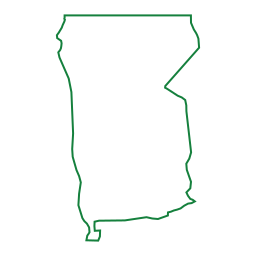 SVG path tracing the border of Omusati
{"feature_id": "NAM-3350", "entity_name": "Omusati", "entity_type": "Region", "adm_level": 1, "iso_a3": "NAM", "parent_name": "Namibia", "parent_adm1": "", "projection": "natural_earth1", "projection_center": [14.875, -18.403], "detail": "fine", "context": "isolated", "style": "outline", "palette": "green", "viewbox_px": 256, "rotation_deg": 0, "n_neighbors": 0, "source": "natural_earth", "source_scale": "10m", "svg_char_len": 1102}
<svg xmlns="http://www.w3.org/2000/svg" viewBox="0 0 256 256"><path d="M71.1,15.4L95.2,15.4L119.4,15.4L143.6,15.4L167.8,15.4L190.9,15.4L191.0,22.8L193.8,29.4L196.1,33.1L197.1,35.1L198.4,38.6L199.1,47.7L165.3,86.0L165.1,87.7L166.8,88.6L177.7,95.7L181.7,97.4L185.2,100.0L186.3,105.4L186.4,111.2L191.1,152.4L189.3,158.6L186.3,163.7L186.8,169.8L191.0,181.8L190.3,188.3L186.4,192.4L188.0,195.8L190.3,198.9L192.7,199.8L194.8,201.4L191.6,203.1L188.1,203.6L184.2,205.7L180.6,208.4L177.2,209.6L173.8,210.5L170.9,211.7L168.0,212.4L167.9,213.9L167.9,215.5L158.0,219.0L152.3,218.5L146.5,217.2L124.9,220.4L99.0,220.7L94.6,221.7L94.4,226.1L94.8,230.8L100.1,230.5L99.9,236.5L98.2,240.6L86.4,240.3L87.3,235.6L88.4,234.1L89.5,232.3L89.1,227.4L86.9,223.6L84.3,221.1L82.4,218.1L78.4,205.2L79.1,193.7L80.8,182.4L79.1,176.1L76.5,170.1L72.7,156.8L72.2,149.1L73.1,133.5L71.4,92.1L68.7,78.5L59.5,57.5L58.3,52.3L60.1,50.1L60.9,48.3L61.3,46.1L61.6,43.3L61.1,40.8L57.2,38.1L56.9,35.2L58.8,32.6L61.8,27.6L62.6,25.3L64.4,21.4L64.9,19.6L64.3,18.8L64.6,17.7L64.6,15.4L71.1,15.4Z" fill="none" stroke="#15803d" stroke-width="2"/></svg>